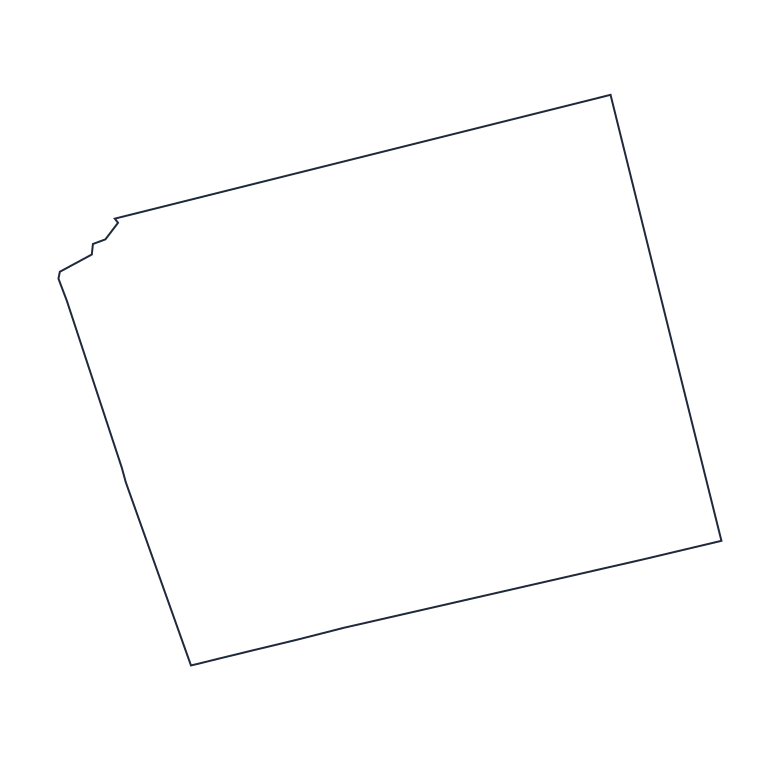 the district of Tioga, Pennsylvania, United States of America, rotated 167°
{"feature_id": "52423323B23673127244942", "entity_name": "Tioga", "entity_type": "district", "adm_level": 2, "iso_a3": "USA", "parent_name": "United States of America", "parent_adm1": "Pennsylvania", "projection": "natural_earth1", "projection_center": [-77.118, 41.772], "detail": "fine", "context": "isolated", "style": "outline", "palette": "slate", "viewbox_px": 768, "rotation_deg": 167, "n_neighbors": 0, "source": "geoboundaries", "source_scale": "gbopen_adm2", "svg_char_len": 449}
<svg xmlns="http://www.w3.org/2000/svg" viewBox="0 0 768 768"><g transform="rotate(167 384 384)"><path d="M98.2,614.8L609.1,605.7L606.9,600.9L622.9,587.6L636.1,585.9L639.6,575.9L674.6,566.3L677.5,559.9L674.3,536.3L658.3,361.3L657.7,346.4L635.4,153.2L627.4,153.2L623.0,153.3L604.6,153.6L571.2,154.0L526.4,154.4L477.7,155.5L212.9,154.9L174.0,154.8L90.5,155.3L93.7,339.6L95.2,429.1L98.2,614.8Z" fill="none" stroke="#1e293b" stroke-width="2"/></g></svg>